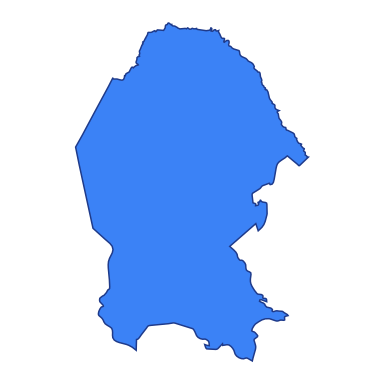 the State of Coahuila
{"feature_id": "MEX-2708", "entity_name": "Coahuila", "entity_type": "State", "adm_level": 1, "iso_a3": "MEX", "parent_name": "Mexico", "parent_adm1": "", "projection": "albers", "projection_center": [-101.519, 27.229], "detail": "fine", "context": "isolated", "style": "filled", "palette": "blue", "viewbox_px": 384, "rotation_deg": 0, "n_neighbors": 0, "source": "natural_earth", "source_scale": "10m", "svg_char_len": 5924}
<svg xmlns="http://www.w3.org/2000/svg" viewBox="0 0 384 384"><path d="M168.3,23.0L169.4,23.3L170.8,24.6L171.8,24.4L172.0,25.5L172.8,25.9L174.8,26.1L177.3,27.5L178.0,28.1L179.9,28.9L185.2,28.4L186.6,28.8L187.5,27.9L188.3,28.2L189.1,28.9L189.8,29.2L190.9,29.1L192.2,28.3L193.8,28.8L195.6,28.8L196.3,28.4L196.6,28.4L196.8,29.0L197.3,29.4L206.2,30.7L209.1,30.3L209.9,30.0L210.5,29.3L210.7,28.1L210.9,27.9L211.3,28.0L211.7,28.4L211.9,29.0L211.1,31.0L212.3,31.3L213.2,30.8L214.0,30.0L215.1,29.7L215.6,29.8L215.9,30.7L216.5,31.0L217.7,30.9L218.7,30.5L218.5,31.3L218.6,32.1L219.9,34.3L220.3,35.4L221.3,37.5L221.8,38.0L222.5,38.4L224.0,38.3L224.5,38.7L224.4,39.7L223.9,41.0L223.8,41.9L224.5,42.2L225.4,41.3L226.8,40.5L228.2,40.4L229.0,41.1L229.1,42.8L228.6,44.7L228.8,45.5L229.3,46.1L230.5,46.3L231.0,46.7L232.1,48.0L233.6,48.9L239.0,50.6L239.5,51.7L239.9,54.4L240.7,55.7L241.8,56.6L245.8,58.4L247.1,59.6L248.2,61.0L248.7,61.3L251.3,62.6L252.4,63.4L253.2,64.3L254.3,66.5L253.9,67.8L254.3,68.7L257.3,71.1L257.7,71.9L259.5,72.3L260.0,73.2L260.5,76.8L261.6,79.3L261.8,80.7L261.3,82.0L261.7,82.4L261.9,82.9L262.1,84.4L262.4,84.9L263.7,86.0L264.2,87.3L265.3,87.9L265.5,88.4L265.1,89.2L265.3,89.6L265.7,89.8L266.5,89.8L266.9,90.0L267.1,90.4L268.0,92.0L269.4,98.1L270.1,99.5L272.2,102.2L272.1,103.3L274.6,104.8L274.9,105.4L274.9,107.6L275.6,108.9L276.8,109.7L279.1,110.6L277.5,111.4L277.2,111.9L277.3,112.6L278.3,113.9L278.6,116.2L279.1,118.4L280.8,120.5L281.6,121.9L281.7,122.9L281.3,124.1L281.9,125.3L282.8,126.4L283.8,127.1L285.7,127.5L286.2,129.7L286.7,130.1L287.6,130.3L293.1,133.0L294.2,134.0L294.6,135.4L294.7,136.3L294.8,136.7L296.4,138.2L296.8,138.4L296.6,139.5L297.4,141.4L297.9,142.2L298.7,143.2L300.8,143.8L301.5,144.2L300.8,145.2L301.4,146.1L302.3,147.2L303.3,148.2L304.2,148.6L304.3,148.9L303.6,150.5L303.8,151.2L304.8,151.9L305.2,152.4L305.3,153.0L305.2,154.4L305.2,155.0L305.5,155.1L306.3,155.7L307.0,156.4L307.0,156.8L308.4,157.1L299.6,165.5L299.1,165.7L298.6,165.5L297.7,164.5L287.4,155.9L287.0,156.1L285.2,157.7L281.1,160.4L279.1,161.9L277.6,163.6L276.7,165.7L276.1,168.2L274.2,179.2L273.4,182.3L272.3,184.0L270.6,184.6L270.1,184.6L269.8,184.2L269.5,183.3L269.1,183.3L262.6,185.7L261.8,186.3L260.5,188.0L259.8,188.7L252.8,193.1L252.2,193.9L252.1,195.1L253.0,202.8L254.0,203.2L255.0,203.4L255.8,204.1L255.6,205.7L257.8,205.3L258.4,204.8L258.7,203.8L258.0,202.9L258.0,202.5L258.3,202.1L259.3,202.1L259.6,201.9L260.2,200.3L260.6,200.2L261.3,201.3L262.4,202.0L265.5,202.5L266.6,203.1L266.9,204.4L267.1,213.6L266.9,214.9L265.2,221.4L263.9,224.5L262.1,227.1L260.2,229.0L258.2,230.8L255.8,223.6L229.7,246.4L233.8,250.0L235.8,252.1L237.1,254.3L237.5,256.5L237.8,257.5L239.2,259.5L239.8,260.1L240.4,260.3L241.5,260.2L242.5,260.5L243.5,261.3L245.0,263.2L245.7,264.8L245.9,268.3L246.4,270.0L247.6,271.1L249.3,271.8L250.7,272.7L251.0,274.4L250.4,279.0L250.4,281.4L250.8,283.6L251.8,286.0L253.1,288.2L254.5,290.4L257.0,293.6L258.1,294.2L261.2,294.5L262.2,295.0L262.7,295.4L263.0,296.1L262.8,297.5L262.9,298.0L263.5,298.3L265.3,298.4L266.0,298.7L266.5,299.3L266.6,300.1L266.7,301.7L261.3,299.7L259.8,300.0L259.5,301.3L261.2,302.2L263.4,303.1L264.8,304.3L265.2,305.5L266.7,307.1L270.9,308.1L272.4,309.4L272.4,310.0L272.1,310.5L272.1,311.0L272.6,311.5L273.6,311.6L275.9,310.9L276.9,310.8L279.0,311.1L282.1,311.3L282.7,311.5L284.1,312.6L287.4,314.6L288.1,315.6L285.8,316.2L284.7,316.8L284.5,317.3L284.7,319.9L283.9,320.3L281.5,320.1L280.4,320.1L277.8,321.0L276.5,321.0L275.1,320.6L270.7,319.1L269.2,318.7L265.4,318.8L261.9,319.9L258.6,321.8L255.4,324.0L254.0,325.7L252.4,328.4L251.7,330.8L253.0,331.6L254.1,331.9L255.1,332.6L256.9,334.6L257.7,335.7L257.5,336.7L254.3,339.2L254.0,340.1L255.4,344.8L255.7,346.2L255.7,347.6L255.5,349.2L253.0,358.0L252.3,361.0L247.8,358.4L246.7,358.0L245.7,358.1L243.5,358.8L241.4,358.6L239.0,357.7L236.8,356.2L235.4,354.5L234.9,353.4L233.9,350.3L232.6,348.2L231.0,346.4L229.0,345.0L227.1,344.7L222.7,345.4L222.5,343.8L217.9,348.6L216.9,349.2L215.7,349.4L206.8,348.9L206.1,348.3L205.5,347.1L204.7,344.5L206.9,345.3L209.3,345.7L209.1,343.2L208.8,341.9L208.3,341.0L206.6,339.7L205.6,339.2L204.8,339.1L202.5,339.2L200.2,338.6L198.1,337.4L196.6,335.7L194.9,331.8L193.8,329.8L192.8,328.7L174.9,323.1L173.4,322.9L168.4,323.7L151.4,325.3L149.6,325.5L148.4,325.8L147.5,326.6L146.4,328.2L141.3,334.8L139.2,337.8L137.8,339.2L136.5,339.5L136.2,350.3L132.4,347.3L128.8,345.3L126.4,344.4L119.2,342.5L116.5,341.5L114.2,340.0L112.8,337.7L112.5,335.2L112.6,332.6L112.4,330.2L111.6,328.2L109.7,326.7L107.3,325.3L105.2,323.8L103.8,321.7L103.3,320.3L102.5,319.0L101.6,317.9L99.0,315.6L98.5,314.8L98.4,313.7L98.7,311.9L99.3,310.3L100.1,308.7L101.2,307.2L101.7,306.9L102.9,306.6L103.4,306.2L103.3,305.6L102.8,304.9L100.0,301.9L99.6,300.8L99.6,299.3L99.8,298.3L100.5,297.6L102.6,296.0L103.9,295.4L104.3,295.0L106.4,292.6L107.8,290.0L108.8,289.4L109.6,288.5L109.7,286.7L109.4,280.0L108.3,268.0L108.2,264.7L108.5,261.5L109.5,258.4L112.3,252.8L113.0,249.6L112.2,246.3L109.9,243.4L104.7,238.9L93.0,228.3L79.2,164.8L75.6,147.1L82.4,135.0L94.3,112.7L108.5,86.4L113.0,77.6L112.8,78.5L113.6,79.0L116.9,79.0L119.9,79.8L122.1,80.2L123.5,79.5L124.3,77.8L124.6,75.6L125.1,75.5L125.3,75.6L125.9,73.9L126.4,73.5L128.6,72.3L129.1,72.0L129.5,71.3L131.1,68.1L132.1,67.1L133.4,67.8L133.7,67.3L136.2,65.5L137.7,65.2L138.3,64.9L137.8,64.2L136.5,63.3L136.1,62.7L136.1,61.9L136.9,59.5L137.0,57.6L138.1,56.6L139.1,56.5L139.6,56.2L139.1,55.1L139.2,54.7L139.7,53.9L139.7,53.1L139.4,51.7L139.5,50.8L140.2,49.6L142.0,45.0L142.5,44.6L142.8,44.1L142.6,43.2L143.1,43.0L143.2,42.8L142.9,41.9L143.6,41.6L143.9,41.3L145.4,38.3L145.6,38.3L145.9,37.4L147.5,34.6L147.9,32.8L148.3,32.4L150.8,32.4L151.7,32.2L153.7,31.1L154.8,30.7L155.0,30.8L155.2,31.5L155.5,31.6L155.9,31.6L156.7,30.8L157.2,30.0L157.6,29.9L163.6,30.4L165.0,28.2L165.2,27.6L165.4,25.9L165.6,25.3L166.0,24.9L167.3,24.5L167.8,23.4L168.3,23.0Z" fill="#3b82f6" stroke="#1e3a8a" stroke-width="1.5"/></svg>